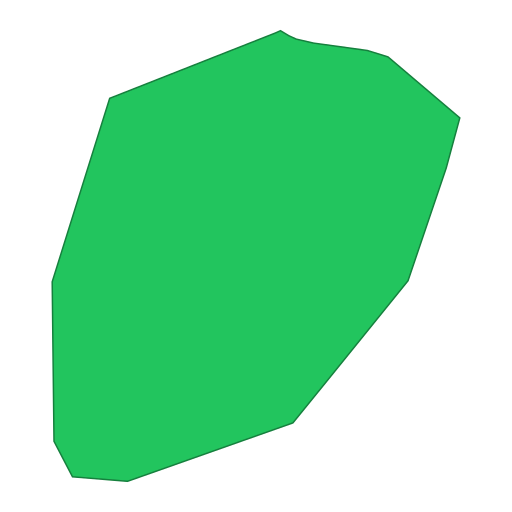 Dalanzadgad, Ömnögovi, Mongolia (Albers equal-area conic projection)
{"feature_id": "93677404B10446794731607", "entity_name": "Dalanzadgad", "entity_type": "district", "adm_level": 2, "iso_a3": "MNG", "parent_name": "Mongolia", "parent_adm1": "Ömnögovi", "projection": "albers", "projection_center": [104.434, 43.574], "detail": "fine", "context": "isolated", "style": "filled", "palette": "green", "viewbox_px": 512, "rotation_deg": 0, "n_neighbors": 0, "source": "geoboundaries", "source_scale": "gbopen_adm2", "svg_char_len": 337}
<svg xmlns="http://www.w3.org/2000/svg" viewBox="0 0 512 512"><path d="M292.9,422.9L328.7,378.8L408.0,280.8L446.2,168.1L459.8,117.9L388.0,56.9L367.4,50.5L313.6,43.1L296.2,39.1L288.8,35.7L280.5,30.7L275.6,32.9L109.7,98.3L52.2,281.8L54.0,441.3L72.5,476.8L127.5,481.3L292.9,422.9Z" fill="#22c55e" stroke="#15803d" stroke-width="1.5"/></svg>